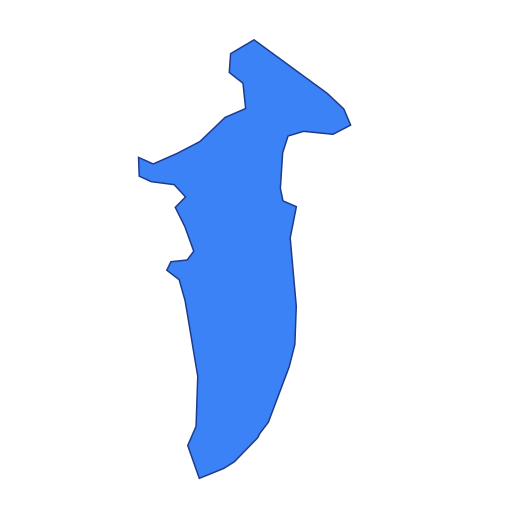 outline of Rivière Noire, rotated 174°
{"feature_id": "MUS-5193", "entity_name": "Rivière Noire", "entity_type": "District", "adm_level": 1, "iso_a3": "MUS", "parent_name": "Mauritius", "parent_adm1": "", "projection": "mercator", "projection_center": [57.418, -20.334], "detail": "fine", "context": "isolated", "style": "filled", "palette": "blue", "viewbox_px": 512, "rotation_deg": 174, "n_neighbors": 0, "source": "natural_earth", "source_scale": "10m", "svg_char_len": 774}
<svg xmlns="http://www.w3.org/2000/svg" viewBox="0 0 512 512"><g transform="rotate(174 256 256)"><path d="M260.1,459.9L235.4,471.2L168.2,410.3L153.3,393.0L148.2,376.3L166.7,369.0L195.6,375.0L211.6,372.0L218.7,355.8L224.7,320.8L223.4,308.0L210.7,300.8L220.1,270.4L221.2,201.7L226.6,164.0L234.6,142.3L261.1,89.4L270.8,79.1L273.2,75.2L299.1,53.6L310.3,48.1L335.6,40.8L337.4,48.2L343.7,74.7L333.4,92.9L330.7,112.4L326.5,142.5L327.5,158.5L330.1,201.8L331.2,219.1L334.9,240.5L344.0,249.1L346.2,251.2L341.2,259.2L324.9,259.2L317.4,267.3L323.7,292.7L331.2,312.8L319.9,322.1L329.9,335.5L352.5,340.9L363.8,347.6L362.5,366.3L348.7,358.3L323.7,366.3L299.8,375.7L272.2,397.1L250.9,403.8L250.9,429.2L263.4,441.3L260.1,459.9Z" fill="#3b82f6" stroke="#1e3a8a" stroke-width="1.5"/></g></svg>